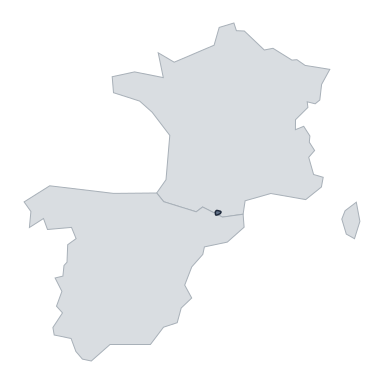 Andorra highlighted, Natural Earth projection
{"feature_id": "AND", "entity_name": "Andorra", "entity_type": "country or territory", "adm_level": 0, "iso_a3": "AND", "parent_name": "Europe", "parent_adm1": "", "projection": "natural_earth1", "projection_center": [1.563, 42.539], "detail": "fine", "context": "with_neighbors", "style": "filled", "palette": "slate", "viewbox_px": 384, "rotation_deg": 0, "n_neighbors": 2, "source": "natural_earth", "source_scale": "50m", "svg_char_len": 1583}
<svg xmlns="http://www.w3.org/2000/svg" viewBox="0 0 384 384"><path d="M296.9,59.7L305.1,65.4L329.8,69.4L321.6,84.4L319.8,100.0L315.2,103.8L307.2,101.8L307.9,107.4L295.5,119.7L295.4,129.7L303.7,126.3L309.9,136.0L309.3,142.2L314.6,150.5L308.7,157.3L313.6,174.5L323.2,177.3L321.4,187.0L305.7,199.6L270.7,193.5L245.1,200.8L243.1,214.2L222.5,217.1L202.6,207.0L196.2,211.8L163.7,201.7L156.7,193.0L166.0,179.7L169.8,135.4L152.2,112.3L139.7,101.1L113.5,92.7L112.2,76.7L134.6,71.9L163.3,77.6L158.2,52.8L174.2,62.2L214.1,45.2L219.2,27.4L233.9,23.0L236.4,30.7L244.3,31.0L264.3,50.0L273.0,48.3L291.9,60.1L296.9,59.7ZM345.1,210.7L356.3,202.2L359.9,221.4L354.5,238.7L346.3,234.1L341.8,219.1L345.1,210.7Z" fill="#d9dde1" stroke="#a8b0b8" stroke-width="1"/><path d="M54.2,335.0L52.9,327.5L62.5,312.9L56.5,306.2L61.9,291.4L55.1,278.0L62.9,276.1L64.0,265.5L67.0,262.2L67.7,244.7L76.1,238.6L71.5,227.4L47.5,229.5L43.5,218.5L29.4,227.5L30.9,211.5L24.1,201.9L49.7,185.8L113.5,193.4L156.7,193.0L163.7,201.7L196.2,211.8L202.6,207.0L222.5,217.1L243.1,214.2L244.1,227.2L227.3,242.1L204.4,246.9L202.8,254.4L191.8,266.8L184.7,285.1L191.7,298.0L181.2,308.0L177.2,322.7L163.5,327.2L150.4,344.5L110.0,344.5L91.3,361.0L82.4,359.1L75.9,351.5L71.1,338.5L54.2,335.0Z" fill="#d9dde1" stroke="#a8b0b8" stroke-width="1"/><path d="M220.4,213.5L219.9,213.7L218.3,214.6L217.4,214.9L216.5,215.1L215.8,215.0L215.5,214.5L215.5,213.7L215.4,212.9L215.2,212.5L215.5,211.5L216.0,210.9L216.8,210.4L218.0,210.6L220.5,211.3L221.0,211.9L221.0,212.3L220.5,213.0L220.4,213.5Z" fill="#64748b" stroke="#1e293b" stroke-width="1.5"/></svg>